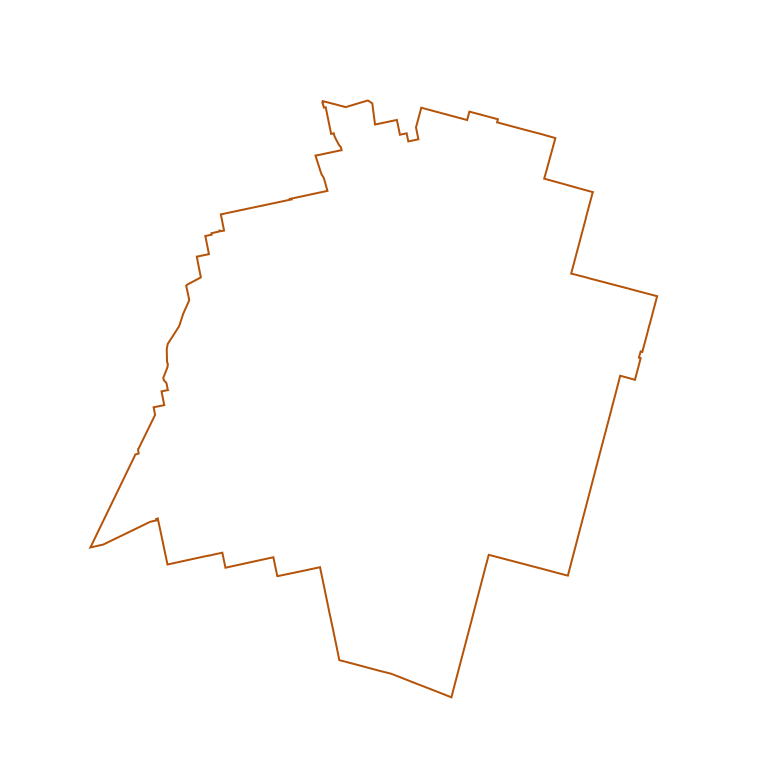 Toodyay, Western Australia, Australia, rotated 195°
{"feature_id": "25037944B97460463632510", "entity_name": "Toodyay", "entity_type": "district", "adm_level": 2, "iso_a3": "AUS", "parent_name": "Australia", "parent_adm1": "Western Australia", "projection": "albers", "projection_center": [116.439, -31.47], "detail": "fine", "context": "isolated", "style": "outline", "palette": "amber", "viewbox_px": 768, "rotation_deg": 195, "n_neighbors": 0, "source": "geoboundaries", "source_scale": "gbopen_adm2", "svg_char_len": 2985}
<svg xmlns="http://www.w3.org/2000/svg" viewBox="0 0 768 768"><g transform="rotate(195 384 384)"><path d="M142.9,539.5L163.0,539.4L178.0,539.4L197.7,539.3L212.4,539.2L214.2,539.2L214.9,539.3L231.8,539.1L231.8,552.4L231.9,596.4L232.0,597.7L232.0,600.7L232.0,621.5L231.9,623.4L236.2,623.4L249.0,623.5L266.9,623.7L282.4,623.8L282.3,632.4L282.2,651.4L282.1,665.9L287.9,666.0L292.6,666.0L293.1,666.0L294.4,666.1L315.8,666.0L331.8,666.0L342.5,666.0L342.5,669.2L343.2,669.2L357.0,669.2L372.0,669.2L372.0,660.5L391.3,660.5L419.5,660.5L419.5,640.1L414.1,629.3L423.3,624.6L427.0,632.0L433.1,628.9L439.9,642.4L459.8,632.3L466.1,647.5L467.9,652.0L472.9,653.7L473.1,653.6L483.2,647.4L492.7,641.5L505.4,641.5L514.8,641.4L516.1,641.4L515.6,640.4L516.4,640.0L513.5,635.4L511.9,636.2L501.8,615.9L499.8,611.9L497.7,612.8L497.5,613.1L495.7,610.2L495.1,609.5L494.8,609.2L493.9,608.2L493.6,607.8L489.2,603.1L488.8,602.8L488.4,602.6L488.1,602.4L487.8,602.2L487.5,601.9L487.0,601.5L486.7,601.1L486.5,600.8L486.2,600.4L485.7,599.4L485.5,598.8L485.9,598.7L491.8,595.7L505.8,588.6L509.3,586.9L498.9,570.7L495.5,567.5L488.6,555.9L499.6,550.3L509.7,545.1L522.3,538.7L521.9,538.5L521.4,538.2L522.2,537.8L532.6,532.5L544.4,526.5L560.2,518.5L579.7,508.6L585.5,505.6L578.2,490.8L581.0,489.4L582.5,489.8L582.7,489.7L582.9,488.5L589.7,485.0L589.1,483.6L594.7,480.8L594.9,480.7L592.2,475.3L592.1,475.1L586.7,464.1L596.5,459.2L597.8,458.6L593.3,449.3L588.5,439.6L594.9,433.6L599.3,429.5L599.7,429.1L599.7,428.9L600.5,427.8L600.4,427.5L599.2,425.2L595.7,418.4L593.8,414.5L596.1,400.0L596.2,399.8L596.2,398.9L596.2,398.3L596.8,387.4L597.0,386.0L597.7,384.3L598.7,380.9L603.3,366.6L602.8,361.1L601.8,357.8L601.8,357.7L599.3,349.2L597.9,347.2L597.5,344.1L598.8,332.9L598.7,332.7L597.9,331.0L597.0,330.2L594.8,329.0L594.0,327.9L591.3,322.3L591.2,322.2L597.0,319.3L590.8,306.7L600.5,301.9L597.1,294.9L600.8,276.1L604.5,257.3L604.7,257.2L603.0,253.3L605.9,251.6L606.3,249.3L611.3,223.2L625.3,150.1L614.5,155.8L613.7,156.2L574.2,190.4L573.9,190.5L571.2,192.0L568.4,193.4L569.1,194.7L567.8,195.4L567.7,195.5L558.7,177.9L553.4,167.4L553.3,167.2L546.4,153.6L535.4,159.3L524.0,165.2L523.8,165.3L509.8,172.5L509.8,172.4L509.5,172.5L506.3,174.1L505.8,174.4L502.6,176.1L496.5,179.2L489.6,165.5L458.5,181.6L446.0,188.0L437.4,170.9L437.0,170.9L436.8,171.0L422.5,178.2L409.6,184.7L406.6,186.3L405.9,186.6L398.4,190.5L387.8,169.5L378.1,150.1L372.0,138.2L362.6,119.6L355.7,105.7L340.6,105.8L331.3,105.8L316.4,105.8L314.1,105.8L302.2,106.0L286.9,104.3L276.6,103.1L256.2,100.9L237.8,98.8L238.0,129.0L238.1,156.8L238.6,233.6L238.6,246.1L221.3,246.2L202.6,246.3L181.2,246.4L166.6,246.4L156.8,246.5L156.9,261.0L157.0,281.1L157.2,316.8L157.5,363.8L157.7,411.5L157.7,418.6L157.8,419.0L157.8,424.9L157.8,431.8L158.0,453.1L152.4,453.1L142.7,453.0L142.7,466.8L142.8,475.4L144.6,475.4L144.5,481.9L142.8,481.8L142.8,489.5L142.8,493.0L142.8,500.4L142.8,501.5L142.9,508.6L142.8,510.7L142.9,539.5Z" fill="none" stroke="#b45309" stroke-width="2"/></g></svg>